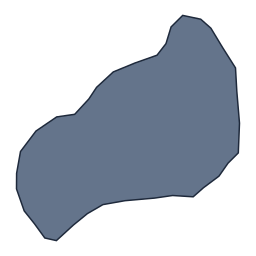 Orust, Västra Götaland, Sweden (orthographic projection)
{"feature_id": "70781695B44388212160911", "entity_name": "Orust", "entity_type": "district", "adm_level": 2, "iso_a3": "SWE", "parent_name": "Sweden", "parent_adm1": "Västra Götaland", "projection": "orthographic", "projection_center": [11.637, 58.169], "detail": "fine", "context": "isolated", "style": "filled", "palette": "slate", "viewbox_px": 256, "rotation_deg": 0, "n_neighbors": 0, "source": "geoboundaries", "source_scale": "gbopen_adm2", "svg_char_len": 536}
<svg xmlns="http://www.w3.org/2000/svg" viewBox="0 0 256 256"><path d="M182.7,15.4L171.1,26.9L166.0,43.6L157.0,55.2L135.2,62.9L113.3,71.9L96.6,87.3L88.9,98.9L74.7,114.3L56.7,116.9L36.0,131.0L20.5,151.5L16.6,173.4L16.5,188.9L24.2,210.9L34.5,223.8L44.8,238.0L56.4,240.6L73.2,225.2L87.4,213.6L102.9,204.6L124.9,200.7L154.5,198.1L172.6,195.5L193.2,196.8L203.5,187.7L219.0,176.1L228.0,163.2L238.3,152.9L239.5,123.2L236.8,91.1L235.5,67.9L222.5,47.4L210.9,28.2L200.7,19.2L182.7,15.4Z" fill="#64748b" stroke="#1e293b" stroke-width="1.5"/></svg>